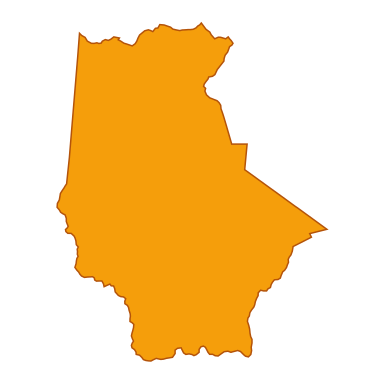 Santa Cruz, Pernambuco, Brazil
{"feature_id": "56859067B26223419026815", "entity_name": "Santa Cruz", "entity_type": "district", "adm_level": 2, "iso_a3": "BRA", "parent_name": "Brazil", "parent_adm1": "Pernambuco", "projection": "albers", "projection_center": [-40.303, -8.286], "detail": "fine", "context": "isolated", "style": "filled", "palette": "amber", "viewbox_px": 384, "rotation_deg": 0, "n_neighbors": 0, "source": "geoboundaries", "source_scale": "gbopen_adm2", "svg_char_len": 3236}
<svg xmlns="http://www.w3.org/2000/svg" viewBox="0 0 384 384"><path d="M136.2,354.4L139.6,355.2L141.9,357.5L143.4,359.6L145.9,360.5L148.8,360.9L151.0,361.0L153.2,359.8L156.2,358.4L160.8,359.4L163.6,359.1L166.4,358.3L169.6,357.8L172.5,357.3L175.1,353.6L175.1,350.1L177.5,348.3L181.1,347.8L182.2,350.1L183.6,352.9L185.8,354.4L189.1,353.9L192.0,354.5L193.9,355.6L196.2,354.7L199.1,352.3L199.1,349.4L200.9,346.8L203.4,346.1L205.4,347.3L206.7,349.7L208.0,352.3L209.6,354.3L212.6,354.3L215.1,355.7L218.1,356.0L220.6,354.2L224.2,351.7L227.9,351.2L230.9,352.3L233.8,351.5L237.7,350.5L240.5,351.5L242.1,353.1L243.9,354.9L245.5,356.2L248.4,356.9L250.8,354.5L251.6,350.6L251.2,347.3L252.0,343.0L252.0,339.4L250.7,336.7L250.0,333.2L249.6,329.0L248.7,325.2L247.4,321.4L247.9,318.1L249.3,316.0L249.9,312.6L251.6,309.9L253.8,307.1L254.7,304.8L255.4,301.5L256.7,298.2L258.1,295.7L258.2,292.8L260.6,290.2L263.5,290.9L266.6,290.9L268.0,288.8L270.4,287.5L271.2,284.5L272.4,282.3L274.4,279.8L278.0,279.5L280.3,278.1L281.1,275.6L282.7,271.8L284.6,270.3L286.5,267.5L287.4,264.8L288.5,262.3L288.2,259.4L289.2,257.2L290.9,255.0L292.3,251.2L293.1,246.5L311.4,237.2L309.7,233.6L326.9,229.3L297.8,208.1L295.0,206.2L281.3,196.2L259.3,180.3L244.7,169.7L247.1,144.1L231.7,144.1L226.5,126.2L224.0,117.7L223.2,115.1L222.2,112.1L221.0,108.8L220.7,105.3L219.1,102.7L217.2,100.8L214.7,99.8L209.7,97.8L206.5,94.9L204.9,91.1L205.6,88.4L203.6,86.4L204.2,84.1L205.8,81.8L208.0,79.0L208.7,77.0L212.5,76.3L214.9,74.6L217.3,69.5L221.3,64.4L223.9,61.1L224.1,58.6L225.1,55.3L227.6,52.1L229.6,46.6L231.9,45.1L233.0,43.3L231.2,40.6L229.6,38.9L228.2,36.9L225.7,38.8L220.7,37.3L218.3,37.2L214.7,38.8L211.2,34.8L209.8,32.1L206.0,29.3L201.3,23.0L199.7,24.9L197.8,26.0L196.0,27.9L193.2,29.3L190.4,29.6L188.2,29.6L186.0,29.8L182.2,30.0L179.8,30.6L176.6,30.0L172.8,29.1L170.6,27.2L164.2,25.0L159.8,24.6L157.9,28.0L155.4,28.3L152.8,31.6L150.5,30.5L148.4,29.8L144.7,30.8L139.6,35.0L138.0,38.1L136.8,41.1L135.2,43.7L132.2,45.9L126.6,44.0L123.9,43.2L120.7,41.1L118.2,39.8L119.4,38.0L116.3,37.4L113.8,36.9L110.7,39.3L108.3,40.4L105.3,39.6L102.3,41.2L101.2,43.1L98.9,43.5L96.9,42.8L94.1,43.4L91.3,43.3L87.3,41.1L85.1,37.4L81.7,35.5L79.5,33.3L77.8,55.6L73.0,113.6L69.4,157.3L66.6,183.9L65.4,185.6L64.0,188.0L62.2,190.6L60.4,193.5L59.9,196.6L59.3,200.0L57.4,203.4L57.1,207.3L59.4,210.0L60.6,212.2L62.6,213.6L65.1,214.9L66.3,218.3L66.3,221.5L67.1,223.7L68.2,226.3L67.1,228.1L65.5,229.5L65.9,231.6L67.8,233.3L71.2,233.4L74.1,236.1L75.1,238.2L75.9,240.8L76.3,244.7L78.3,247.0L77.2,249.2L77.5,251.7L77.3,254.2L78.1,256.4L76.9,258.4L76.4,260.8L76.1,263.6L74.9,267.4L76.9,270.2L78.7,272.1L79.9,274.2L81.5,276.0L84.4,277.4L87.8,277.0L90.3,276.9L92.5,276.7L94.3,277.9L94.7,280.0L96.4,281.1L98.9,281.0L101.9,281.0L103.5,283.9L104.1,286.7L107.1,285.3L109.9,284.1L111.2,285.8L113.6,286.0L114.7,288.7L115.2,291.9L116.7,293.6L118.3,295.4L120.7,296.6L123.5,296.9L125.7,298.7L124.8,301.2L124.9,303.7L127.4,305.4L128.5,307.4L129.1,310.3L130.2,313.8L130.4,316.2L130.0,318.9L130.0,321.5L132.1,322.7L133.8,324.4L133.5,327.7L132.7,330.9L132.0,333.2L131.4,335.9L132.4,338.8L133.5,341.1L132.2,343.2L131.4,345.4L132.0,347.8L134.5,349.6L136.0,352.0L136.2,354.4Z" fill="#f59e0b" stroke="#b45309" stroke-width="1.5"/></svg>